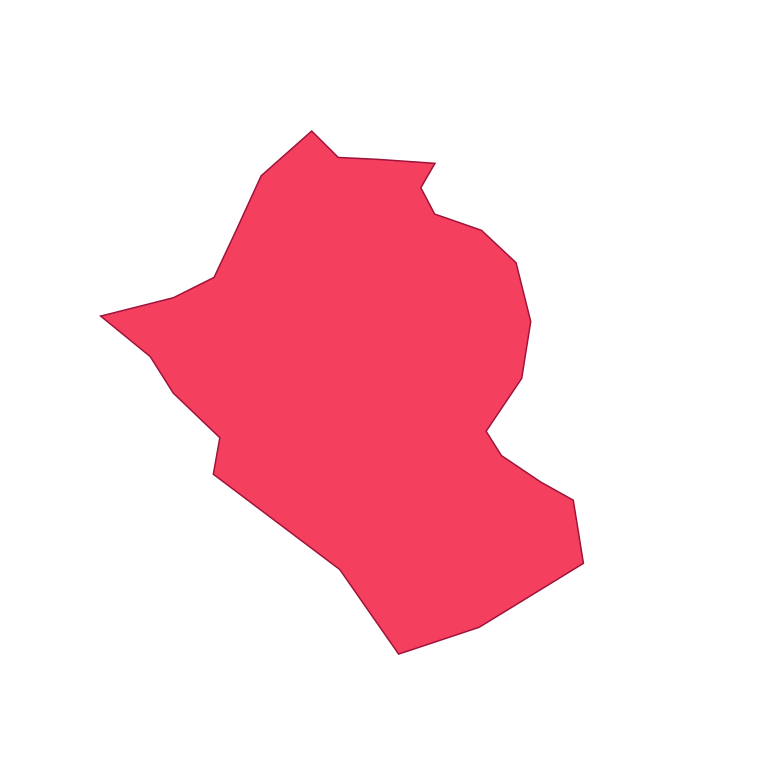 map outline of Xagħra (Equal Earth projection), rotated 127°
{"feature_id": "MLT-5978", "entity_name": "Xagħra", "entity_type": "state/province", "adm_level": 1, "iso_a3": "MLT", "parent_name": "Malta", "parent_adm1": "", "projection": "equal_earth", "projection_center": [14.268, 36.052], "detail": "fine", "context": "isolated", "style": "filled", "palette": "rose", "viewbox_px": 768, "rotation_deg": 127, "n_neighbors": 0, "source": "natural_earth", "source_scale": "10m", "svg_char_len": 507}
<svg xmlns="http://www.w3.org/2000/svg" viewBox="0 0 768 768"><g transform="rotate(127 384 384)"><path d="M407.2,116.8L520.8,161.5L590.9,209.8L558.8,307.7L558.8,466.0L525.7,482.8L518.1,546.8L502.8,587.2L500.3,651.2L441.8,604.1L401.1,583.9L352.7,594.0L291.6,607.4L225.5,594.0L230.6,556.9L207.7,523.2L177.1,476.1L205.1,472.7L217.8,445.8L202.6,398.6L207.7,351.5L245.8,304.4L296.7,277.4L360.3,274.0L370.5,247.1L368.0,200.0L362.9,162.9L407.2,116.8Z" fill="#f43f5e" stroke="#9f1239" stroke-width="1.5"/></g></svg>